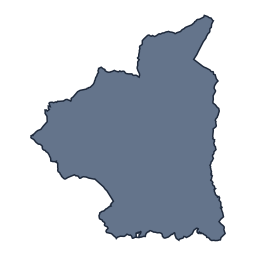 outline of Jitia, Vrancea, Romania
{"feature_id": "2599482B15858955019342", "entity_name": "Jitia", "entity_type": "district", "adm_level": 2, "iso_a3": "ROU", "parent_name": "Romania", "parent_adm1": "Vrancea", "projection": "mercator", "projection_center": [26.761, 45.59], "detail": "fine", "context": "isolated", "style": "filled", "palette": "slate", "viewbox_px": 256, "rotation_deg": 0, "n_neighbors": 0, "source": "geoboundaries", "source_scale": "gbopen_adm2", "svg_char_len": 5852}
<svg xmlns="http://www.w3.org/2000/svg" viewBox="0 0 256 256"><path d="M220.4,239.9L221.0,237.6L225.1,233.6L225.1,233.1L224.8,232.8L223.8,229.4L224.2,228.0L224.1,226.8L223.1,225.6L221.2,224.1L219.0,221.7L220.7,219.3L223.5,216.8L222.6,212.5L222.0,211.2L221.4,209.0L220.6,208.1L222.0,207.6L221.7,206.9L221.3,206.8L220.9,206.2L220.8,202.3L219.1,200.2L219.6,197.8L218.9,196.5L217.5,197.1L217.4,196.9L217.5,196.3L216.1,195.2L215.4,194.3L215.1,193.0L214.4,191.5L214.4,190.0L214.1,189.6L214.3,189.2L215.1,189.1L215.5,188.7L214.8,188.5L214.7,187.5L214.2,186.0L213.3,185.6L212.9,185.0L212.3,183.3L212.8,182.8L212.9,182.4L211.7,180.8L210.7,180.4L210.7,180.0L211.5,179.0L211.6,177.8L212.3,175.8L211.3,175.3L211.6,174.1L210.9,173.9L211.5,171.8L210.8,169.4L210.7,168.4L210.4,167.9L210.6,166.4L209.9,165.4L210.9,163.6L211.1,162.0L211.9,161.3L213.4,158.3L212.6,156.8L212.6,155.0L213.3,154.4L213.8,153.7L214.0,151.7L216.0,149.6L215.5,147.9L215.5,146.9L214.3,145.4L214.3,144.8L213.8,143.5L213.9,142.6L214.5,141.4L214.3,141.0L214.6,139.7L213.6,139.4L212.8,138.7L213.1,138.0L212.7,136.5L213.3,130.5L213.1,129.0L215.8,126.8L216.2,126.1L216.3,125.6L215.7,122.7L216.0,121.7L215.4,120.7L215.3,120.2L215.8,118.9L217.3,117.1L217.6,115.8L218.2,114.9L218.5,113.3L219.1,111.7L219.2,110.8L218.7,108.4L217.3,107.4L215.4,104.9L213.0,103.0L212.9,101.7L213.3,99.4L213.1,95.8L215.4,91.6L215.5,90.7L214.2,88.6L214.1,88.0L214.5,85.8L216.3,82.8L218.0,81.0L216.3,78.8L215.1,74.7L213.6,74.3L213.3,72.0L213.0,71.7L211.3,71.6L210.9,71.3L210.0,70.0L206.0,67.9L204.4,67.3L202.7,66.3L193.7,59.4L196.9,54.4L198.1,51.8L203.3,41.7L205.9,38.2L206.4,36.5L208.0,33.7L209.4,32.4L209.8,31.5L209.9,28.9L210.2,28.3L211.3,27.4L211.6,24.1L213.3,20.8L212.9,20.7L211.0,18.0L210.0,17.9L208.8,17.5L207.8,16.6L204.3,15.4L203.7,17.1L199.3,19.3L197.7,19.4L196.7,19.9L196.0,20.9L194.7,21.7L194.4,22.5L191.7,24.9L185.9,27.2L184.9,27.8L184.4,28.5L182.1,29.7L180.5,31.5L176.9,32.7L175.4,33.6L174.9,33.6L174.1,32.9L171.9,32.2L169.9,32.0L168.6,31.4L167.2,31.8L166.1,31.9L163.9,32.9L162.4,33.0L160.3,34.1L159.2,33.8L158.5,34.1L156.5,35.6L154.8,36.5L154.3,36.4L152.4,35.5L151.5,36.2L150.4,36.0L149.0,35.0L147.6,35.4L143.9,38.9L142.3,40.7L142.3,44.0L141.7,44.9L139.9,46.0L139.5,47.0L139.9,48.6L139.3,50.6L139.4,51.9L138.8,54.3L138.7,56.3L138.5,56.9L137.5,57.9L137.7,58.4L139.2,59.6L137.7,61.9L137.7,65.6L137.3,66.7L137.1,68.1L138.0,70.7L139.5,73.8L139.6,75.2L139.1,77.1L138.7,76.8L138.2,76.8L137.8,76.2L136.1,75.2L133.6,75.4L133.0,75.2L131.9,73.9L128.4,73.9L126.1,73.5L125.4,73.0L124.4,71.6L123.8,71.2L122.8,71.2L121.1,71.6L119.8,70.9L118.6,71.8L118.1,71.8L115.9,71.2L114.3,70.4L112.3,71.4L110.7,71.8L110.0,72.3L109.1,72.1L108.4,72.3L106.9,71.8L105.1,70.7L104.9,70.4L105.0,69.7L104.6,69.3L103.3,68.9L101.2,67.2L99.9,67.8L99.4,68.3L98.6,68.4L98.6,69.1L98.0,70.8L98.5,72.2L98.1,73.0L97.4,74.0L96.7,76.1L95.7,77.6L95.1,80.0L94.5,81.2L94.4,82.2L93.2,84.4L90.2,87.3L88.7,87.6L88.4,88.1L87.3,88.2L87.0,88.4L86.7,89.0L80.0,90.4L77.6,91.7L73.2,96.9L71.2,98.4L71.4,99.1L71.0,100.2L71.1,100.7L70.7,101.1L69.6,100.3L69.2,100.4L67.1,99.4L65.6,99.6L63.5,101.0L58.5,101.4L57.8,101.2L56.6,102.3L55.9,101.9L53.5,102.7L52.2,102.2L50.0,102.4L49.1,103.1L49.0,103.3L50.2,106.6L48.3,106.0L48.4,108.5L49.3,109.5L47.2,111.1L46.5,110.0L45.0,110.0L45.2,111.4L45.1,113.4L47.0,116.3L47.2,121.7L43.3,126.1L40.8,129.4L37.6,130.6L35.4,132.4L34.6,133.5L32.9,134.7L33.2,134.9L33.0,135.5L32.0,135.4L31.0,135.8L31.1,136.5L30.9,137.5L31.2,138.0L33.8,139.5L36.1,142.4L38.3,144.1L40.1,144.3L41.8,145.6L42.4,146.7L42.2,147.0L42.4,148.4L42.7,149.1L43.9,150.1L45.3,150.5L46.0,151.6L47.7,152.7L49.1,154.8L49.5,156.0L50.6,158.1L50.8,161.0L52.9,161.6L54.7,161.6L55.2,161.9L55.7,161.8L56.0,161.3L56.4,161.2L56.3,162.4L57.6,163.1L57.7,163.4L57.7,167.5L58.0,168.9L57.7,170.0L57.9,171.0L58.4,171.9L59.0,172.1L60.0,173.2L60.5,174.6L61.5,175.5L61.5,176.3L63.9,178.6L64.8,179.0L65.5,178.9L67.8,177.5L74.4,174.8L76.0,175.9L76.6,175.7L78.2,176.2L79.6,178.2L80.8,178.1L81.6,177.4L83.2,176.7L86.2,177.0L88.9,178.1L91.4,178.6L94.1,179.1L94.8,179.0L103.5,186.8L105.2,189.2L106.9,190.8L113.4,201.2L111.0,203.9L111.0,204.6L110.4,205.2L111.1,206.0L108.8,206.9L107.2,208.4L106.2,208.7L103.9,210.9L101.4,211.6L100.6,212.5L99.8,212.8L99.6,214.2L99.0,215.7L99.3,217.9L99.6,218.8L102.2,220.1L102.7,221.3L103.8,221.9L104.8,223.0L104.9,223.5L104.4,224.9L104.6,225.4L105.0,225.8L107.3,226.9L107.7,227.5L108.0,228.5L106.3,230.2L106.0,231.3L106.6,232.5L111.5,233.6L114.1,236.1L115.9,237.5L116.3,238.5L117.5,237.2L120.4,236.2L124.1,236.4L125.7,235.5L126.7,234.3L127.0,234.2L129.2,235.2L130.4,235.0L131.6,236.2L132.4,238.2L133.4,238.1L135.2,237.2L137.2,237.4L136.5,236.6L136.1,235.6L136.1,233.2L136.5,233.0L137.0,233.3L137.5,233.1L137.9,232.7L137.9,232.4L138.3,232.3L138.7,232.9L138.9,232.3L139.5,232.3L140.5,231.5L140.8,231.6L140.9,232.2L140.7,233.0L139.8,234.4L139.2,234.8L138.8,237.1L138.9,237.5L139.3,237.5L140.3,237.1L140.9,237.2L143.8,236.3L145.3,236.5L145.4,236.3L145.4,235.3L146.2,233.4L147.5,232.1L149.0,231.6L149.2,231.0L150.0,230.6L151.1,230.9L153.9,232.2L155.0,232.1L157.3,232.8L159.7,232.7L161.0,233.2L161.9,233.9L162.3,234.9L162.4,236.1L163.3,237.0L163.4,237.6L164.9,238.1L168.4,237.0L170.9,235.0L171.3,234.4L172.7,234.3L173.1,233.6L173.9,233.0L174.5,232.8L174.8,233.2L175.0,235.2L176.3,238.4L178.9,240.2L179.0,239.7L180.1,238.9L182.9,238.1L183.4,237.6L183.8,236.5L185.1,236.6L186.4,237.5L189.6,235.9L191.2,234.5L192.0,234.1L193.2,231.8L193.8,230.3L196.3,228.3L197.3,228.3L198.3,228.8L198.2,229.3L197.3,229.9L197.0,231.2L197.2,232.3L197.7,232.5L197.9,233.1L198.5,233.4L199.4,232.1L199.9,232.8L200.2,233.5L200.6,233.2L200.8,232.6L201.0,232.6L201.6,233.5L202.9,233.5L204.1,234.6L205.9,235.5L206.5,236.4L206.8,237.4L207.8,237.4L209.4,238.4L210.1,239.6L211.6,240.5L214.1,240.3L215.0,240.6L217.6,240.5L219.6,239.9L220.4,239.9Z" fill="#64748b" stroke="#1e293b" stroke-width="1.5"/></svg>